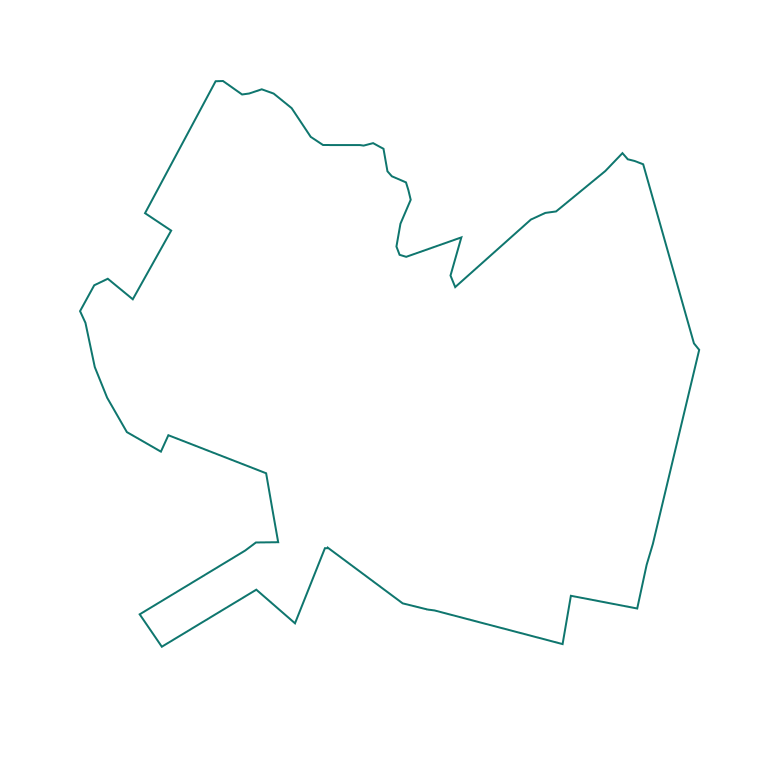 Ruwa, Mashonaland East, Zimbabwe (Robinson projection), rotated 96°
{"feature_id": "62879985B71976011533530", "entity_name": "Ruwa", "entity_type": "district", "adm_level": 2, "iso_a3": "ZWE", "parent_name": "Zimbabwe", "parent_adm1": "Mashonaland East", "projection": "robinson", "projection_center": [31.224, -17.887], "detail": "fine", "context": "isolated", "style": "outline", "palette": "teal", "viewbox_px": 768, "rotation_deg": 96, "n_neighbors": 0, "source": "geoboundaries", "source_scale": "gbopen_adm2", "svg_char_len": 1144}
<svg xmlns="http://www.w3.org/2000/svg" viewBox="0 0 768 768"><g transform="rotate(96 384 384)"><path d="M100.5,583.1L239.1,639.5L253.7,611.7L326.0,642.7L308.2,669.7L316.1,682.5L343.3,693.9L354.4,687.3L397.4,673.4L426.6,657.9L458.7,634.7L474.6,598.8L457.5,593.1L483.4,498.1L485.1,491.9L520.7,481.8L552.4,472.7L555.0,494.8L564.1,504.6L638.6,602.9L668.5,577.5L601.9,489.5L631.3,447.5L553.5,425.6L553.2,423.1L552.6,422.9L600.2,342.5L603.4,319.5L603.4,318.8L603.7,318.1L603.7,317.4L603.7,316.7L603.8,316.1L603.8,314.0L603.9,311.3L603.9,310.9L603.9,310.2L624.0,179.2L575.1,176.0L580.8,108.7L536.4,103.9L515.0,99.9L317.1,74.1L313.8,77.4L311.2,80.0L138.4,149.2L136.0,158.1L135.0,165.2L134.5,165.6L129.5,171.0L149.1,186.2L194.4,230.9L197.0,241.5L205.1,255.1L277.4,320.8L280.2,323.3L269.2,329.2L230.1,322.4L255.2,375.2L253.9,382.0L246.0,386.0L222.9,384.4L198.0,376.7L188.7,380.0L181.2,383.2L176.6,397.9L172.1,402.8L150.1,409.1L148.7,412.6L145.6,420.0L149.0,429.1L149.0,430.1L148.9,432.7L152.7,469.6L145.9,482.7L119.3,504.7L106.7,524.1L103.7,536.4L109.2,548.5L110.9,555.4L99.5,575.8L100.5,583.1Z" fill="none" stroke="#0f766e" stroke-width="2"/></g></svg>